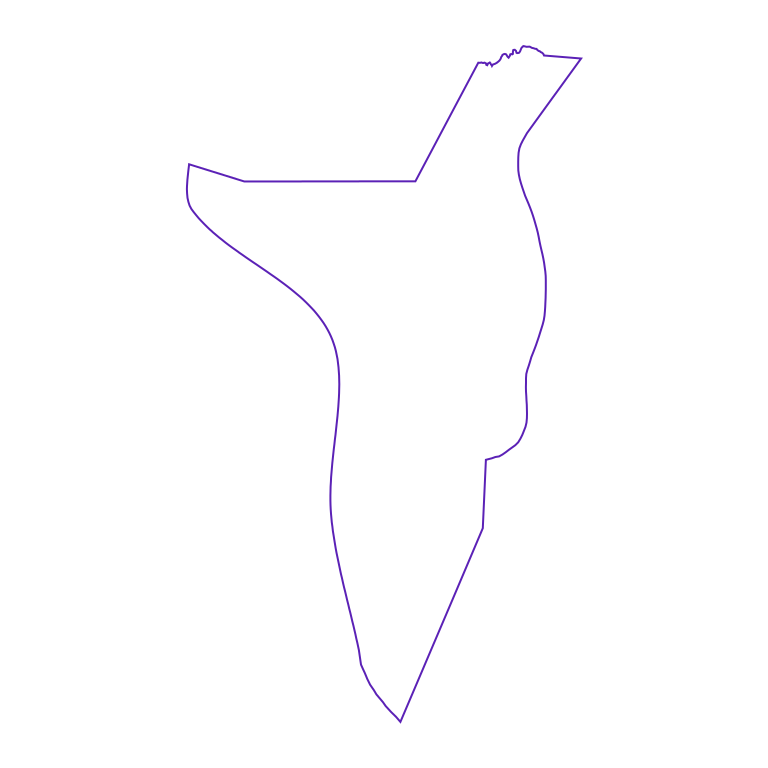 San Blas de los Sauces, La Rioja, Argentina (Equal Earth projection)
{"feature_id": "61730980B47967614400586", "entity_name": "San Blas de los Sauces", "entity_type": "district", "adm_level": 2, "iso_a3": "ARG", "parent_name": "Argentina", "parent_adm1": "La Rioja", "projection": "equal_earth", "projection_center": [-67.15, -28.58], "detail": "fine", "context": "isolated", "style": "outline", "palette": "violet", "viewbox_px": 768, "rotation_deg": 0, "n_neighbors": 0, "source": "geoboundaries", "source_scale": "gbopen_adm2", "svg_char_len": 3895}
<svg xmlns="http://www.w3.org/2000/svg" viewBox="0 0 768 768"><path d="M581.1,58.5L544.0,55.5L543.5,54.2L542.4,53.0L541.7,52.5L540.7,52.1L539.9,51.3L538.6,50.9L537.4,50.0L536.5,48.9L535.2,48.8L533.5,48.2L532.0,47.9L530.9,47.3L529.8,46.7L528.5,46.7L526.6,46.8L525.3,46.5L523.7,46.1L523.5,46.3L523.0,46.3L521.5,47.9L520.9,49.3L520.1,51.3L519.3,52.5L518.8,52.9L517.1,53.1L516.5,52.8L516.3,52.0L516.0,50.9L514.8,49.8L514.1,49.8L513.3,50.0L513.2,50.1L512.9,52.0L512.9,53.9L512.1,54.4L511.2,54.0L510.2,54.4L510.0,55.5L509.2,56.8L508.6,57.7L507.8,57.0L507.0,55.8L506.2,54.4L504.9,53.9L504.2,54.1L503.6,54.2L502.4,55.0L502.2,55.7L501.2,57.1L500.7,58.7L499.6,60.4L498.1,61.8L497.2,62.4L497.0,62.7L496.3,63.1L494.8,63.9L492.9,64.5L492.0,65.9L491.7,65.1L490.9,64.5L490.6,63.5L489.8,62.5L489.0,63.0L488.1,63.4L487.2,65.2L486.3,64.8L486.1,63.5L485.7,63.4L484.9,62.8L484.7,62.7L484.2,62.7L483.3,63.0L483.1,63.0L482.2,62.8L481.5,62.5L479.9,62.8L479.6,62.8L478.3,62.7L454.8,106.9L415.4,181.3L244.4,181.5L189.1,164.3L189.0,165.3L188.4,170.2L187.9,175.0L187.4,179.8L187.1,184.6L187.0,185.9L186.9,189.2L187.1,193.6L187.5,197.9L188.4,201.9L189.6,205.6L191.4,209.0L193.7,212.1L196.2,215.2L198.7,218.2L201.4,221.1L204.1,223.9L206.9,226.7L209.8,229.5L211.7,231.1L212.8,232.2L215.9,234.8L219.1,237.5L222.3,240.0L225.5,242.6L228.8,245.1L232.2,247.6L235.6,250.0L238.4,252.0L239.0,252.5L242.5,254.9L245.9,257.3L249.4,259.7L252.9,262.1L256.5,264.5L260.0,266.9L263.5,269.3L267.0,271.7L270.4,274.1L273.9,276.5L277.3,278.9L280.7,281.4L284.1,283.9L287.4,286.4L290.6,288.9L293.8,291.5L296.9,294.1L300.0,296.7L303.0,299.4L305.9,302.2L308.7,305.0L311.4,307.8L314.1,310.7L316.6,313.7L319.0,316.7L321.3,319.8L323.5,322.9L325.6,326.2L327.5,329.5L329.3,332.9L330.9,336.3L332.4,339.9L333.7,343.6L334.9,347.3L335.9,351.1L336.7,355.0L337.5,359.0L338.0,363.1L338.5,367.2L338.8,371.4L339.1,375.6L339.2,379.9L339.3,384.3L339.2,388.7L339.1,393.1L338.9,397.6L338.6,402.2L338.3,406.8L337.9,411.4L337.5,416.0L337.0,420.7L336.5,425.3L336.0,430.0L335.5,434.8L334.9,439.5L334.4,444.2L333.8,449.0L333.3,453.7L332.8,458.4L332.3,463.2L331.9,467.9L331.5,472.6L331.1,477.3L330.9,481.9L330.6,486.6L330.5,491.2L330.4,495.7L330.4,500.3L330.5,504.8L330.7,509.2L331.0,513.7L331.4,518.0L331.8,522.4L332.4,526.7L332.9,531.1L333.6,535.4L334.3,539.8L335.0,544.1L335.7,548.4L336.5,552.7L337.4,557.0L338.3,561.3L339.2,565.6L340.1,569.9L341.0,574.2L341.9,577.8L343.0,582.8L344.0,587.1L345.1,591.4L346.1,595.6L347.1,599.9L348.2,604.2L349.2,608.5L350.3,612.8L351.3,617.0L352.3,621.3L353.4,625.6L354.4,629.9L355.4,634.2L356.3,638.5L357.3,642.7L358.9,650.2L361.0,664.6L363.0,669.1L364.9,673.2L367.3,679.0L370.1,684.7L373.9,690.2L376.4,694.4L379.6,698.2L382.9,702.1L385.7,706.1L391.2,712.1L396.1,716.9L400.4,721.9L423.5,667.7L425.7,662.5L452.0,600.8L480.4,533.9L482.8,528.2L485.9,459.8L491.8,458.3L495.4,457.0L499.1,456.4L502.5,454.5L505.8,452.2L508.9,449.8L512.1,447.5L515.3,445.2L518.2,442.3L520.4,438.7L522.3,434.9L523.9,430.9L525.5,426.8L526.5,422.6L526.9,418.2L527.0,413.7L526.9,409.1L526.8,404.9L526.5,400.5L526.3,396.1L526.0,391.6L525.9,387.2L526.0,382.8L526.0,378.3L526.3,373.9L527.4,369.7L528.8,365.6L530.1,361.4L531.3,357.2L532.9,353.2L534.5,349.1L536.0,345.1L537.4,341.0L538.8,336.9L540.1,332.7L541.4,328.6L542.7,324.4L543.8,320.1L544.5,315.8L544.9,311.4L545.2,307.0L545.4,302.5L545.6,298.1L545.7,293.7L545.8,289.2L545.8,284.8L545.8,280.4L545.7,275.9L545.3,271.5L544.7,267.2L544.1,262.8L543.3,258.4L542.4,254.1L541.4,249.9L540.4,245.6L539.5,241.3L538.7,237.0L537.8,232.7L536.7,228.4L535.5,224.2L534.3,220.0L533.0,215.8L531.6,211.7L530.1,207.7L528.5,203.7L526.8,199.7L525.1,195.7L523.7,191.6L522.3,187.5L521.0,183.4L519.8,179.1L518.9,174.8L518.3,170.4L518.2,166.0L518.2,161.6L518.3,157.1L518.6,152.7L519.4,148.3L520.9,144.3L522.8,140.5L524.9,136.8L527.0,133.1L552.7,97.6L560.8,86.5L566.0,79.3L581.1,58.5Z" fill="none" stroke="#5b21b6" stroke-width="2"/></svg>